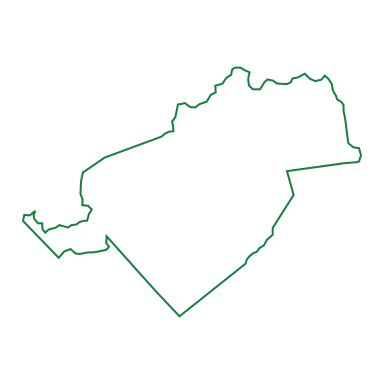 outline of Quebrangulo, Alagoas, Brazil
{"feature_id": "56859067B65057144829282", "entity_name": "Quebrangulo", "entity_type": "district", "adm_level": 2, "iso_a3": "BRA", "parent_name": "Brazil", "parent_adm1": "Alagoas", "projection": "robinson", "projection_center": [-36.476, -9.309], "detail": "fine", "context": "isolated", "style": "outline", "palette": "green", "viewbox_px": 384, "rotation_deg": 0, "n_neighbors": 0, "source": "geoboundaries", "source_scale": "gbopen_adm2", "svg_char_len": 1529}
<svg xmlns="http://www.w3.org/2000/svg" viewBox="0 0 384 384"><path d="M23.0,220.9L37.3,235.7L58.7,257.8L61.5,254.6L64.3,251.3L70.7,249.1L75.3,253.4L79.7,254.0L87.9,252.4L92.8,252.4L98.0,251.6L106.2,249.8L109.0,246.8L106.3,243.0L106.6,236.3L130.4,262.8L136.8,270.1L157.0,292.5L179.5,316.3L245.6,263.6L246.8,259.6L249.1,256.6L252.9,253.4L257.1,251.6L259.3,248.2L263.9,245.4L266.7,240.0L272.7,234.8L272.7,227.9L293.6,195.0L287.0,171.1L344.2,163.2L355.8,162.3L359.0,161.5L361.0,155.3L359.0,148.2L353.4,147.3L348.4,143.3L347.6,138.1L345.1,118.4L343.6,111.3L343.5,104.8L341.0,101.7L337.0,99.2L335.9,95.5L333.9,92.5L332.6,89.1L331.8,83.9L328.4,78.8L324.8,75.6L321.3,79.7L315.1,81.1L309.9,78.7L304.8,73.7L297.6,77.5L292.5,78.5L290.7,82.3L286.8,84.1L276.9,83.5L272.9,80.6L267.5,79.5L264.4,82.3L260.0,89.3L252.8,89.3L249.0,85.5L248.2,79.9L248.7,75.9L249.6,72.4L243.5,69.6L240.6,67.7L234.8,67.7L232.1,69.6L231.2,74.8L226.3,77.9L222.4,83.7L215.3,85.7L215.7,92.3L210.8,94.8L206.7,101.7L199.3,104.2L195.5,107.4L190.2,107.1L184.8,103.0L181.2,104.0L177.9,104.4L176.9,109.8L175.3,117.4L172.1,121.4L173.1,126.2L173.4,131.3L169.3,131.6L164.5,133.9L161.9,136.4L158.3,137.8L104.8,157.5L83.0,172.4L81.6,178.4L80.9,183.0L80.5,194.0L82.6,199.7L82.3,205.2L88.1,205.8L91.7,209.4L88.9,214.1L87.1,220.7L83.1,220.9L79.5,222.1L76.3,224.5L71.4,225.1L68.0,227.5L59.4,225.1L55.7,227.7L48.8,229.5L45.3,232.6L42.4,229.1L42.3,223.3L38.0,223.3L34.2,218.7L33.6,214.9L35.3,210.9L29.7,215.4L24.3,214.9L23.0,220.9Z" fill="none" stroke="#15803d" stroke-width="2"/></svg>